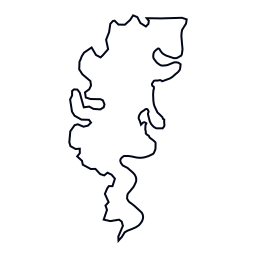 outline of Concordia, Louisiana, United States of America
{"feature_id": "52423323B66255567298861", "entity_name": "Concordia", "entity_type": "district", "adm_level": 2, "iso_a3": "USA", "parent_name": "United States of America", "parent_adm1": "Louisiana", "projection": "robinson", "projection_center": [-91.593, 31.366], "detail": "fine", "context": "isolated", "style": "outline", "palette": "ink", "viewbox_px": 256, "rotation_deg": 0, "n_neighbors": 0, "source": "geoboundaries", "source_scale": "gbopen_adm2", "svg_char_len": 3326}
<svg xmlns="http://www.w3.org/2000/svg" viewBox="0 0 256 256"><path d="M77.2,156.4L82.0,160.8L82.8,164.7L90.8,169.0L95.4,168.9L100.2,174.1L104.2,175.4L107.5,172.7L111.6,174.7L114.9,178.7L112.5,186.1L108.8,186.1L107.2,188.4L104.9,193.9L108.6,202.1L105.5,205.6L107.0,209.9L103.7,219.6L110.3,221.1L119.1,219.7L121.7,221.6L122.9,225.8L119.5,233.8L118.3,236.6L118.5,240.6L121.8,237.0L124.6,232.4L127.5,230.7L131.9,229.0L135.8,227.3L138.7,225.4L140.3,223.7L142.1,221.1L142.8,219.0L143.0,218.1L143.1,216.8L142.8,214.9L142.1,213.2L141.3,212.2L134.8,206.2L131.2,203.3L129.9,202.5L129.0,201.7L128.3,200.8L127.2,198.9L127.1,198.3L127.3,195.6L127.5,194.7L127.7,194.1L128.3,193.2L132.5,188.2L133.6,186.8L134.2,185.7L135.5,182.9L136.1,181.4L136.2,180.7L136.2,178.4L136.0,177.8L135.9,177.1L134.7,174.7L133.1,172.8L127.5,167.9L122.8,165.5L121.0,163.1L120.3,161.0L120.3,160.5L120.5,159.4L121.2,158.3L121.8,157.6L123.6,156.2L124.4,156.0L128.4,156.0L131.9,156.5L136.4,157.5L139.6,157.8L142.1,157.7L144.6,157.3L148.5,156.1L153.1,153.9L153.8,153.0L154.6,151.3L155.4,149.2L155.5,148.0L155.6,143.1L155.4,142.5L155.1,142.0L153.1,140.2L149.9,137.8L149.5,137.4L148.9,135.9L146.6,134.4L145.8,133.4L145.8,131.4L145.3,129.6L145.3,128.7L145.5,125.1L146.3,123.7L146.4,123.3L144.9,122.4L144.1,122.2L143.0,122.7L142.5,123.1L141.0,124.7L140.4,122.7L139.8,120.9L138.7,118.6L138.7,117.3L139.2,115.4L140.7,112.8L141.9,111.7L144.3,110.2L144.8,109.6L145.9,109.1L146.7,109.0L147.5,109.3L147.7,109.6L148.6,111.5L148.6,111.8L148.0,113.3L148.0,114.4L149.7,121.1L151.0,123.8L152.3,125.4L153.7,126.8L155.6,128.0L156.5,128.3L162.6,128.3L164.1,126.5L164.5,124.9L164.2,123.4L164.2,120.8L164.2,119.5L163.1,119.0L162.3,117.1L159.9,114.7L157.5,112.5L156.0,109.4L155.0,107.3L154.3,105.7L153.9,104.3L153.4,101.1L153.1,94.6L153.4,90.3L153.9,88.9L153.9,87.0L153.5,86.5L152.6,86.1L152.0,84.9L152.0,84.2L152.1,83.6L152.4,83.1L153.7,81.1L154.1,80.8L154.8,80.6L155.9,80.5L157.5,80.6L160.0,80.1L161.4,80.6L162.0,81.2L162.4,81.2L169.5,78.6L171.0,77.8L172.5,76.8L175.2,74.4L177.9,72.2L179.6,70.1L179.9,69.4L180.2,68.1L180.6,64.3L178.4,62.7L177.4,62.5L176.0,62.3L174.1,62.4L172.8,62.9L167.7,65.0L165.6,65.4L162.4,65.6L161.0,65.4L160.2,65.0L158.9,64.2L156.8,62.6L154.4,59.5L153.9,58.8L153.5,58.1L153.4,57.6L153.2,56.1L153.5,53.7L153.8,52.8L154.5,51.5L155.7,50.3L157.7,48.7L158.1,48.5L158.8,48.6L159.2,48.8L159.9,49.8L160.5,50.9L161.7,52.4L162.3,53.2L163.7,54.2L166.2,55.6L172.7,57.8L174.4,58.2L176.4,58.1L177.5,57.7L181.2,55.6L181.9,54.0L182.4,50.3L182.5,48.9L182.0,43.6L181.4,36.3L181.5,33.6L182.0,30.3L182.2,29.7L186.0,23.7L186.7,19.4L181.9,17.8L161.1,18.4L146.7,18.2L148.8,20.8L148.4,23.9L145.9,26.5L140.4,23.0L137.3,17.1L133.1,15.4L130.1,20.0L124.9,24.7L118.5,24.6L114.6,20.7L112.9,21.0L110.3,23.9L109.1,32.1L106.1,39.8L108.1,49.2L102.8,55.3L100.6,57.4L96.0,55.0L91.6,47.5L84.0,52.7L81.8,56.2L80.5,59.6L79.6,61.5L79.5,62.0L79.2,69.3L82.4,74.3L90.4,81.1L91.0,85.5L89.3,89.2L85.0,92.4L85.8,97.5L90.5,99.0L100.4,99.2L102.8,100.3L104.5,104.3L103.7,107.3L100.3,109.4L93.5,108.9L89.2,106.6L83.8,107.3L79.7,92.6L77.4,89.6L74.0,89.4L72.1,91.0L72.1,95.5L70.1,99.5L72.0,111.6L74.5,115.7L81.4,119.6L88.9,119.8L91.0,122.6L88.0,125.6L83.5,126.7L77.9,124.3L74.6,125.2L70.3,131.3L69.3,142.2L70.5,146.2L75.6,149.0L79.8,148.7L79.8,153.2L77.2,156.4Z" fill="none" stroke="#020617" stroke-width="2"/></svg>